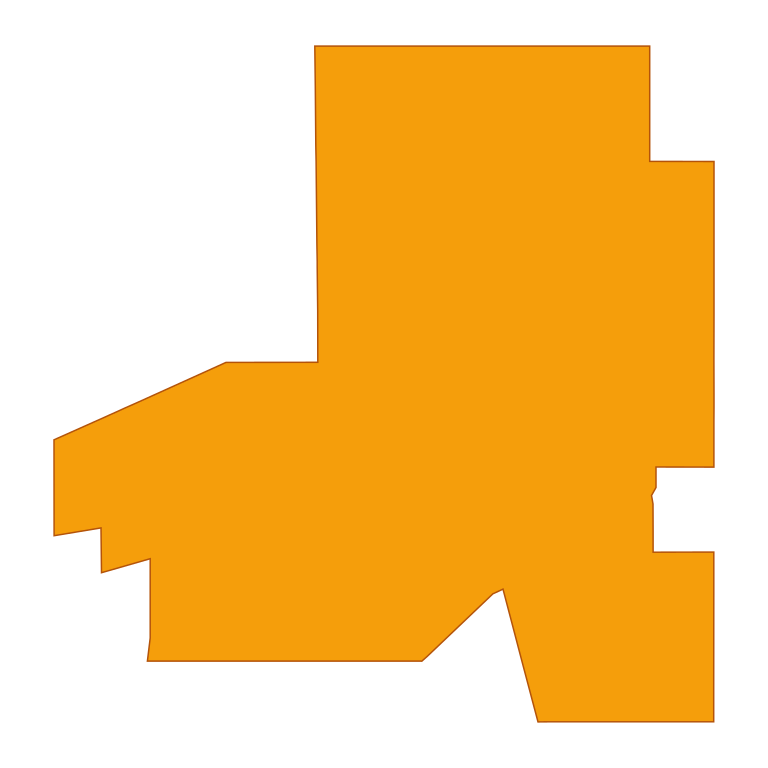 outline of Alice Springs, Northern Territory, Australia
{"feature_id": "25037944B49978280072491", "entity_name": "Alice Springs", "entity_type": "district", "adm_level": 2, "iso_a3": "AUS", "parent_name": "Australia", "parent_adm1": "Northern Territory", "projection": "albers", "projection_center": [133.854, -23.731], "detail": "fine", "context": "isolated", "style": "filled", "palette": "amber", "viewbox_px": 768, "rotation_deg": 0, "n_neighbors": 0, "source": "geoboundaries", "source_scale": "gbopen_adm2", "svg_char_len": 1100}
<svg xmlns="http://www.w3.org/2000/svg" viewBox="0 0 768 768"><path d="M317.2,265.1L317.2,266.4L317.7,311.3L317.8,362.3L242.5,362.4L226.0,362.4L135.4,403.4L125.4,407.8L118.0,411.2L109.7,414.9L107.8,415.8L54.0,439.8L54.1,535.7L101.0,527.9L101.2,545.6L101.5,572.7L150.2,558.7L150.2,591.6L150.2,632.4L150.2,638.0L147.4,661.1L242.1,661.1L291.5,661.1L358.2,661.1L420.8,661.1L421.8,661.2L427.3,656.3L492.9,593.8L499.9,590.6L503.0,589.1L503.2,589.9L514.9,634.4L521.9,661.1L538.0,721.9L549.0,721.8L550.3,721.8L588.1,721.8L639.7,721.8L713.7,721.8L713.7,693.9L713.8,588.3L713.8,552.1L702.8,552.1L699.5,552.1L653.1,552.2L653.1,532.8L653.0,504.0L652.6,501.7L652.2,499.2L651.5,495.5L656.0,487.5L656.0,467.0L713.9,467.1L713.9,435.9L713.9,421.6L714.0,407.1L714.0,394.6L713.9,360.1L714.0,315.8L714.0,229.5L714.0,161.5L649.7,161.4L649.7,46.1L611.0,46.1L539.0,46.1L521.0,46.1L512.2,46.1L493.0,46.1L491.3,46.1L489.2,46.1L488.9,46.1L485.1,46.1L483.3,46.1L413.5,46.1L314.8,46.1L315.3,86.7L315.8,145.3L316.1,161.4L316.9,244.6L317.2,261.4L317.2,263.9L317.2,265.1Z" fill="#f59e0b" stroke="#b45309" stroke-width="1.5"/></svg>